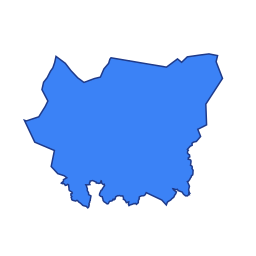 Kynousa, Paphos, Cyprus (Natural Earth projection), rotated 351°
{"feature_id": "46923920B40199798035412", "entity_name": "Kynousa", "entity_type": "district", "adm_level": 2, "iso_a3": "CYP", "parent_name": "Cyprus", "parent_adm1": "Paphos", "projection": "natural_earth1", "projection_center": [32.509, 35.034], "detail": "fine", "context": "isolated", "style": "filled", "palette": "blue", "viewbox_px": 256, "rotation_deg": 351, "n_neighbors": 0, "source": "geoboundaries", "source_scale": "gbopen_adm2", "svg_char_len": 2973}
<svg xmlns="http://www.w3.org/2000/svg" viewBox="0 0 256 256"><g transform="rotate(351 128 128)"><path d="M227.8,70.5L219.6,67.5L211.2,67.2L197.7,67.0L191.2,71.5L187.7,67.5L175.5,73.9L122.2,56.0L120.9,57.2L119.0,61.1L113.5,65.8L108.7,73.4L102.6,73.9L91.6,76.1L86.2,70.6L80.6,62.4L76.2,54.3L68.1,46.0L65.8,51.9L63.2,56.8L60.3,59.8L56.1,65.6L51.8,69.6L49.0,76.6L53.1,88.8L49.6,93.8L41.6,103.0L28.6,105.1L26.9,104.2L33.7,127.4L51.8,138.7L46.1,154.0L51.5,162.1L57.6,165.2L59.8,167.6L56.2,168.9L55.9,170.5L53.9,171.7L53.5,172.0L54.0,172.4L54.7,172.8L55.6,172.6L56.5,173.7L56.9,174.3L57.1,174.9L57.8,174.8L58.5,174.8L59.4,174.2L59.6,174.2L60.4,174.8L60.3,176.1L60.3,178.3L60.1,179.2L60.3,180.6L62.5,182.4L62.8,183.5L62.4,184.0L61.4,184.0L61.2,184.8L61.1,185.6L61.8,186.8L61.0,187.5L61.2,188.0L61.3,190.0L61.5,190.3L62.4,190.9L65.0,192.0L65.9,191.5L66.5,191.6L67.3,192.5L67.7,193.3L69.2,194.7L70.1,195.8L71.2,197.3L72.0,197.8L74.6,198.9L75.7,200.6L76.2,200.4L76.5,199.9L76.9,199.7L77.1,199.2L77.3,198.2L77.7,197.9L77.6,197.1L77.7,196.5L78.5,195.4L78.8,194.2L79.4,193.7L79.6,192.7L80.8,189.3L78.7,187.6L78.9,185.7L78.0,183.5L78.4,181.2L78.0,180.3L78.0,179.0L77.5,177.5L79.3,177.8L81.5,177.9L81.3,177.4L81.3,176.3L82.0,175.6L82.3,174.5L85.0,174.4L88.2,176.6L88.1,177.4L89.8,177.8L90.5,178.2L91.9,178.1L93.2,176.0L93.4,176.2L93.4,178.3L94.0,179.2L94.8,180.0L95.7,179.9L95.8,181.3L93.1,184.1L92.9,184.8L91.6,185.4L89.7,188.4L89.3,189.8L90.3,191.2L91.8,191.8L91.9,193.3L92.1,194.5L92.1,195.8L93.0,197.3L93.9,198.0L95.5,199.7L96.7,199.6L97.5,198.5L97.9,198.0L98.5,197.5L99.0,197.5L100.4,197.5L101.0,197.4L102.1,196.1L102.8,196.8L103.3,196.1L103.5,196.3L104.1,196.2L105.1,194.0L107.3,193.2L107.8,193.4L109.2,193.4L110.1,194.0L112.2,194.3L112.6,196.2L112.3,197.8L113.1,198.1L114.0,199.4L114.7,201.5L117.1,201.1L116.5,203.3L116.8,204.8L117.3,204.7L117.9,204.3L119.7,204.1L121.2,203.8L122.1,203.5L122.5,203.8L123.8,203.7L124.3,204.7L125.8,203.9L126.5,203.3L126.9,201.2L128.1,199.7L127.9,199.2L128.5,197.7L130.9,197.1L132.2,197.3L133.1,197.3L134.2,196.8L135.2,195.7L135.9,194.7L150.1,204.4L153.8,210.0L155.3,207.4L156.6,206.7L158.9,205.8L160.4,204.6L162.3,203.6L163.8,201.4L164.9,200.4L165.8,198.7L164.5,197.5L164.1,196.7L163.3,196.2L162.9,195.0L163.7,195.2L164.5,195.9L166.3,196.4L167.2,196.3L167.7,197.6L171.4,199.7L172.5,202.1L174.2,204.0L176.2,204.3L177.3,203.4L178.1,203.4L177.8,202.3L177.9,201.7L178.7,201.9L178.4,201.2L178.2,198.4L179.6,195.1L178.3,190.2L179.4,190.0L181.0,188.4L181.8,187.2L182.9,186.1L183.3,184.9L184.4,184.6L184.9,183.6L185.2,182.1L185.7,179.9L184.9,178.1L185.4,176.5L185.0,175.4L183.9,174.7L184.5,172.7L185.0,171.0L185.0,169.7L184.0,168.7L182.6,168.3L183.0,166.7L184.5,166.2L184.5,164.1L183.6,163.4L182.8,162.0L183.3,160.1L184.1,159.4L183.3,158.4L186.6,155.7L188.0,155.3L188.7,155.1L188.8,153.1L190.4,152.2L193.4,152.0L198.4,147.7L196.7,140.2L206.1,137.2L208.6,116.6L229.1,93.8L225.4,76.3L227.8,70.5Z" fill="#3b82f6" stroke="#1e3a8a" stroke-width="1.5"/></g></svg>